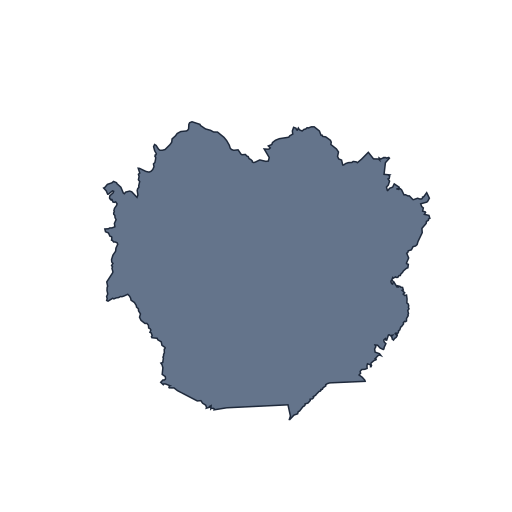 the district of Atengo, Jalisco, Mexico, rotated 37°
{"feature_id": "50627088B38886465943482", "entity_name": "Atengo", "entity_type": "district", "adm_level": 2, "iso_a3": "MEX", "parent_name": "Mexico", "parent_adm1": "Jalisco", "projection": "orthographic", "projection_center": [-104.254, 20.32], "detail": "fine", "context": "isolated", "style": "filled", "palette": "slate", "viewbox_px": 512, "rotation_deg": 37, "n_neighbors": 0, "source": "geoboundaries", "source_scale": "gbopen_adm2", "svg_char_len": 6160}
<svg xmlns="http://www.w3.org/2000/svg" viewBox="0 0 512 512"><g transform="rotate(37 256 256)"><path d="M354.2,102.7L354.3,107.6L353.6,108.7L354.0,109.0L354.0,110.7L352.5,111.9L350.3,112.6L347.9,116.2L347.3,116.5L342.3,115.7L341.1,116.6L338.5,117.1L337.4,118.1L332.6,115.6L330.9,115.4L330.0,115.8L330.0,116.9L327.7,117.9L329.3,116.2L329.0,114.9L323.0,115.2L323.7,118.8L322.0,121.4L321.8,124.5L321.4,124.6L318.7,122.4L319.0,119.8L317.6,115.8L315.1,115.0L315.7,113.9L314.7,111.8L313.9,111.7L314.1,110.7L309.1,113.7L303.2,103.6L303.7,97.6L302.7,97.4L301.3,99.3L300.3,99.3L299.1,100.6L298.8,100.4L297.3,103.5L295.4,103.6L297.0,105.0L295.5,104.8L291.4,107.7L283.3,105.6L282.0,115.3L280.8,120.5L279.4,120.5L276.7,122.0L276.3,123.6L273.6,125.8L271.9,128.3L271.2,130.6L270.5,131.1L266.6,127.9L263.6,128.7L261.2,127.4L259.3,123.3L255.8,122.1L248.7,121.9L247.6,119.8L245.8,118.8L240.0,118.9L237.2,120.4L236.0,119.7L235.2,120.4L231.4,118.0L224.7,117.8L222.4,119.6L220.8,122.2L219.6,122.8L219.2,124.9L218.2,125.8L217.6,128.4L214.7,129.1L212.8,128.3L213.2,130.6L212.5,130.8L211.0,129.9L208.6,130.6L209.8,134.3L212.0,136.5L210.6,139.7L210.7,141.0L210.3,141.8L204.0,148.3L201.9,151.8L200.9,155.4L201.5,157.5L199.6,160.7L202.3,161.1L202.1,162.5L201.6,163.3L198.1,165.6L207.3,169.4L208.7,172.8L206.9,174.5L201.2,177.0L198.8,181.7L197.7,182.9L196.5,183.1L195.7,182.3L193.6,182.1L192.0,182.4L189.9,181.3L188.8,181.7L186.4,181.3L183.8,183.6L182.8,183.7L177.8,182.0L174.6,185.0L172.3,185.7L170.5,185.4L168.0,183.6L163.1,181.5L159.0,180.5L150.7,180.2L147.5,182.5L144.0,183.0L139.2,184.9L133.2,185.2L132.0,184.6L124.1,187.3L122.8,189.5L123.1,191.2L125.7,195.1L125.7,196.8L125.2,198.0L121.0,201.9L119.3,205.6L119.4,208.5L118.5,213.0L120.2,215.8L120.3,218.7L119.3,225.7L117.5,228.0L115.6,229.4L113.8,229.3L109.7,227.8L107.9,228.0L108.4,230.3L111.7,232.9L114.9,234.3L115.2,235.2L114.7,235.9L115.3,236.5L115.1,237.1L116.6,237.7L117.4,238.9L119.0,242.2L118.7,244.2L120.8,246.1L121.5,249.1L121.2,251.5L120.1,253.4L117.2,254.7L110.3,256.1L109.1,256.8L113.3,259.7L112.9,261.5L114.8,262.9L116.2,265.9L118.3,266.5L120.0,270.4L121.1,271.6L121.0,273.4L121.7,275.2L125.0,278.4L125.7,280.8L118.1,279.5L116.0,280.2L113.4,283.5L113.4,285.5L112.2,285.6L106.7,282.4L101.4,281.9L100.5,281.4L97.3,282.2L96.9,284.3L94.2,288.2L94.0,292.2L93.4,293.4L97.2,294.1L100.3,295.9L100.9,295.4L102.2,290.3L103.4,290.0L103.9,291.5L103.0,295.9L104.1,297.8L104.7,298.2L106.5,297.9L106.3,298.5L106.7,298.5L107.1,297.7L109.3,299.0L110.6,298.4L111.3,297.2L113.6,297.9L114.2,299.4L114.3,303.1L115.2,305.3L116.2,305.9L116.4,307.3L117.3,308.3L118.8,308.5L120.3,310.2L122.4,311.2L123.3,315.2L125.7,317.6L124.0,320.3L122.3,321.6L121.8,323.0L119.0,325.4L121.2,327.2L124.3,326.4L127.4,328.1L129.0,327.5L129.9,328.2L131.1,330.3L131.9,330.0L133.9,330.5L135.0,329.6L137.0,329.0L138.5,329.8L139.4,334.0L141.0,336.7L141.2,341.4L142.8,345.8L144.4,347.6L146.2,348.0L146.4,350.6L147.9,351.0L148.4,352.6L151.0,354.5L151.6,355.5L152.4,366.5L155.7,369.4L156.1,370.8L157.9,373.4L160.0,375.1L160.7,376.2L161.0,378.2L162.8,379.6L163.5,381.4L165.0,381.1L167.0,376.0L168.3,375.8L169.6,373.5L171.3,371.9L172.1,370.0L173.4,369.2L174.6,367.5L176.6,363.8L179.0,364.1L181.2,365.1L182.8,366.5L186.9,366.3L190.2,367.6L191.3,368.7L193.8,368.9L195.2,370.5L198.6,371.8L199.8,375.0L202.9,376.6L207.9,376.7L209.4,375.5L211.7,376.0L213.6,378.1L215.2,377.8L216.6,378.4L217.2,380.8L218.7,380.5L221.0,382.1L221.0,383.3L222.0,383.9L226.6,381.2L227.9,382.0L232.0,381.6L234.6,383.9L238.5,383.8L239.0,384.6L238.8,385.7L241.2,388.6L241.3,390.0L242.4,391.6L242.5,392.8L243.5,393.3L245.6,397.2L244.5,398.8L246.4,399.4L248.9,401.3L252.3,407.0L256.1,406.9L257.3,408.1L257.8,409.0L257.3,410.4L256.3,410.9L255.9,414.2L259.4,414.6L259.4,413.5L260.9,412.6L265.3,411.4L265.0,411.8L265.6,413.4L266.1,413.5L269.9,410.7L274.3,410.8L296.3,407.1L299.0,404.7L301.9,405.7L305.6,405.4L307.6,406.7L307.9,407.5L310.0,404.7L309.4,404.2L310.2,402.5L311.9,405.2L312.0,404.6L313.9,403.2L314.8,403.3L315.1,404.1L323.9,394.9L371.1,355.6L379.8,363.1L381.0,366.5L381.4,366.3L382.1,360.1L384.2,357.0L383.4,354.9L384.1,353.6L384.2,347.9L384.9,346.6L384.8,345.3L384.2,344.6L386.0,342.2L386.3,338.7L385.4,337.9L387.0,336.1L387.2,334.6L386.9,333.8L386.4,333.7L387.5,331.2L387.3,330.6L387.9,326.1L388.7,325.2L388.7,324.0L388.2,323.6L389.2,322.5L388.9,320.8L389.9,317.7L389.1,316.8L389.9,314.8L391.3,312.9L418.6,290.4L417.7,289.7L413.8,288.9L409.9,289.0L410.1,286.6L408.8,285.8L408.6,284.8L408.8,283.0L411.1,281.0L412.4,278.9L410.6,276.8L409.9,275.0L412.7,274.1L413.5,274.5L414.1,275.5L414.5,275.2L414.1,273.8L412.8,273.2L412.3,272.2L413.2,268.4L414.3,266.7L414.1,266.1L412.9,266.3L413.4,262.0L414.4,260.6L415.6,260.3L413.4,259.7L409.0,261.1L406.7,258.9L406.3,256.3L404.6,255.4L406.8,254.1L410.4,254.8L413.9,254.1L414.1,253.3L413.3,251.7L412.5,247.8L410.3,247.6L408.7,246.3L408.6,245.6L409.1,244.0L410.5,245.0L411.0,244.5L409.3,239.4L409.8,238.7L411.2,238.7L412.8,237.0L412.6,238.9L414.1,239.5L414.6,240.3L416.4,240.4L416.3,238.6L416.9,236.6L416.7,234.6L416.4,234.1L415.5,234.6L413.8,234.0L414.2,233.2L415.3,233.2L415.8,232.1L415.5,230.7L414.8,230.0L415.3,228.5L414.3,225.6L414.7,224.8L414.7,221.4L413.8,220.6L414.0,218.8L414.9,218.5L415.3,217.3L413.8,215.3L413.5,212.1L412.7,211.5L412.5,210.3L410.0,208.2L410.0,206.1L408.6,205.3L407.9,203.8L406.4,202.7L404.7,202.7L402.5,199.4L399.7,196.6L398.6,198.0L396.5,197.8L396.9,195.9L393.4,195.5L394.1,194.5L392.0,192.9L390.1,193.9L389.3,193.6L387.2,194.5L388.2,195.2L387.2,195.9L381.6,193.7L381.2,194.2L382.0,196.2L381.0,196.4L379.2,195.4L378.9,194.5L380.1,193.6L378.7,193.0L378.2,190.9L379.0,191.1L380.0,188.7L380.8,188.8L382.1,187.7L382.0,185.6L383.0,184.7L382.5,183.4L382.9,181.0L382.7,179.2L383.5,175.4L384.4,174.0L382.7,171.0L380.8,171.5L380.4,171.0L379.1,165.7L374.7,163.1L375.1,161.8L374.5,160.2L376.4,157.6L375.8,154.0L377.4,152.0L377.8,149.9L376.7,147.1L374.7,137.3L371.9,134.1L372.3,127.6L371.3,125.8L372.2,123.8L371.5,122.6L372.2,121.3L369.7,119.5L365.4,121.4L365.2,119.1L364.6,118.9L362.1,119.9L360.7,116.9L358.6,116.8L356.1,115.2L359.9,110.3L360.2,109.3L359.7,105.5L354.2,102.7Z" fill="#64748b" stroke="#1e293b" stroke-width="1.5"/></g></svg>